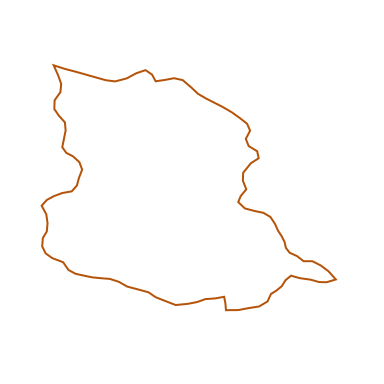 Capim Branco, Minas Gerais, Brazil (Equal Earth projection), rotated 278°
{"feature_id": "56859067B81738961349319", "entity_name": "Capim Branco", "entity_type": "district", "adm_level": 2, "iso_a3": "BRA", "parent_name": "Brazil", "parent_adm1": "Minas Gerais", "projection": "equal_earth", "projection_center": [-44.169, -19.58], "detail": "fine", "context": "isolated", "style": "outline", "palette": "amber", "viewbox_px": 384, "rotation_deg": 278, "n_neighbors": 0, "source": "geoboundaries", "source_scale": "gbopen_adm2", "svg_char_len": 1460}
<svg xmlns="http://www.w3.org/2000/svg" viewBox="0 0 384 384"><g transform="rotate(278 192 192)"><path d="M125.4,346.6L132.5,338.2L137.1,329.9L140.2,320.9L139.0,312.2L143.2,304.8L145.4,297.2L149.8,292.7L155.3,290.7L160.9,286.8L165.5,282.7L172.0,278.6L178.2,273.1L181.3,265.7L181.9,256.7L183.1,246.7L188.4,239.2L194.8,240.8L202.2,245.4L210.3,240.8L218.2,240.0L228.7,246.3L234.7,253.3L241.4,250.9L245.4,241.7L252.1,237.9L260.8,241.0L267.2,237.1L271.7,229.4L276.3,220.7L280.6,210.2L284.0,200.3L286.7,192.4L290.1,184.2L295.4,176.8L301.5,167.2L302.2,158.4L299.1,149.3L296.6,140.6L302.7,136.1L306.2,129.0L301.9,120.4L295.4,111.5L290.8,100.4L290.7,91.0L291.7,83.8L293.2,72.6L294.8,61.0L296.2,49.1L298.2,37.4L288.9,43.2L280.9,47.4L272.6,47.8L263.7,43.2L255.0,44.1L249.1,49.5L243.2,56.5L235.2,58.3L226.9,57.8L218.3,57.3L213.3,62.0L210.8,69.1L205.9,76.3L198.9,80.1L190.2,78.1L182.4,77.1L175.9,72.8L172.9,63.6L168.6,55.7L164.0,49.4L157.5,45.0L149.7,50.8L141.0,53.3L132.7,53.7L125.6,50.7L117.3,51.2L110.8,55.7L107.1,62.8L104.5,74.2L97.6,80.5L94.8,88.1L94.1,97.2L93.6,105.1L93.9,112.8L94.5,122.8L92.9,132.0L89.3,141.1L88.0,152.2L86.6,163.0L82.8,170.5L80.3,180.8L77.8,191.6L80.6,203.2L83.7,212.3L87.8,220.2L89.9,230.0L92.7,238.4L86.6,240.5L79.7,242.1L81.5,254.2L84.6,263.3L88.0,274.4L94.1,282.0L102.0,284.4L106.2,289.4L111.2,294.0L117.7,296.9L122.9,301.7L121.7,310.4L121.7,321.7L120.5,330.4L121.4,337.9L125.4,346.6Z" fill="none" stroke="#b45309" stroke-width="2"/></g></svg>